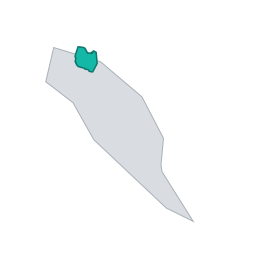 Imul, Aimeliik, Palau (highlighted), rotated 125°
{"feature_id": "81905179B52447266125366", "entity_name": "Imul", "entity_type": "district", "adm_level": 2, "iso_a3": "PLW", "parent_name": "Palau", "parent_adm1": "Aimeliik", "projection": "robinson", "projection_center": [134.509, 7.414], "detail": "fine", "context": "in_parent", "style": "filled", "palette": "teal", "viewbox_px": 256, "rotation_deg": 125, "n_neighbors": 0, "source": "geoboundaries", "source_scale": "gbopen_adm2", "svg_char_len": 2041}
<svg xmlns="http://www.w3.org/2000/svg" viewBox="0 0 256 256"><g transform="rotate(125 128 128)"><path d="M137.3,221.9L104.7,235.0L89.5,188.4L94.5,134.4L116.1,93.0L139.5,79.7L144.4,74.9L167.1,21.0L171.6,50.8L157.2,149.3L138.8,187.7L137.3,221.9Z" fill="#d9dde1" stroke="#a8b0b8" stroke-width="1"/><path d="M84.5,200.0L84.7,199.9L84.8,200.0L84.8,199.9L84.9,200.0L85.0,200.0L85.3,200.1L85.5,200.3L85.8,200.5L85.9,200.4L86.0,200.5L86.4,200.7L86.7,200.9L86.8,201.0L86.9,200.9L86.9,201.0L87.0,201.2L87.3,201.1L87.3,200.9L87.5,200.8L87.8,200.7L88.0,200.8L88.0,201.1L88.2,201.4L88.2,201.5L88.3,201.5L88.4,201.9L88.4,202.0L88.5,202.2L88.5,202.3L88.6,202.5L88.8,202.7L88.9,203.0L89.0,203.0L89.3,203.3L89.4,203.5L89.6,203.5L89.8,203.8L89.9,204.1L89.7,204.3L89.6,204.6L89.5,204.9L89.2,205.2L89.1,205.4L89.0,205.5L88.9,205.7L88.9,205.8L88.8,206.1L88.8,206.3L88.8,206.5L88.6,206.6L88.5,206.8L88.4,206.9L88.4,207.0L88.3,207.3L88.2,207.3L88.2,207.5L88.0,207.8L87.9,207.9L87.9,208.0L87.7,208.1L87.7,208.3L87.7,208.5L87.5,208.8L87.5,209.1L87.5,209.3L87.5,209.6L87.4,209.8L87.5,209.9L87.5,210.1L87.6,210.4L87.6,210.5L87.7,210.8L87.7,211.0L87.8,211.1L88.2,211.8L88.3,212.0L88.4,212.3L88.5,212.4L88.6,212.5L88.7,212.8L88.8,213.0L88.9,213.3L89.0,213.4L89.1,213.6L89.1,213.8L89.3,213.9L89.4,214.0L89.5,214.2L89.6,214.3L89.6,214.5L89.8,214.6L89.9,214.8L89.9,215.0L90.0,215.1L90.0,215.3L90.1,215.5L95.4,213.9L99.7,212.5L99.9,212.2L100.1,212.0L100.1,211.8L100.3,211.4L100.4,211.0L100.5,210.8L100.7,210.6L101.0,210.6L101.3,210.6L102.0,210.3L102.5,210.1L103.0,209.7L103.3,209.4L103.6,209.4L103.9,209.4L104.1,208.9L104.2,208.5L104.3,208.1L104.8,207.9L104.7,207.4L105.0,207.1L105.3,206.7L105.7,206.5L105.8,205.9L105.7,205.6L106.1,204.9L106.1,203.5L105.7,202.9L105.5,201.6L105.2,201.3L105.0,200.6L104.8,199.8L104.5,199.2L104.1,198.5L104.1,197.8L104.5,197.0L104.0,196.1L103.3,194.7L103.1,193.7L103.2,193.1L103.8,192.5L103.7,192.0L102.5,189.3L102.0,189.1L92.8,190.3L84.4,197.4L84.6,197.7L84.4,198.1L84.5,200.0Z" fill="#14b8a6" stroke="#0f766e" stroke-width="1.5"/></g></svg>